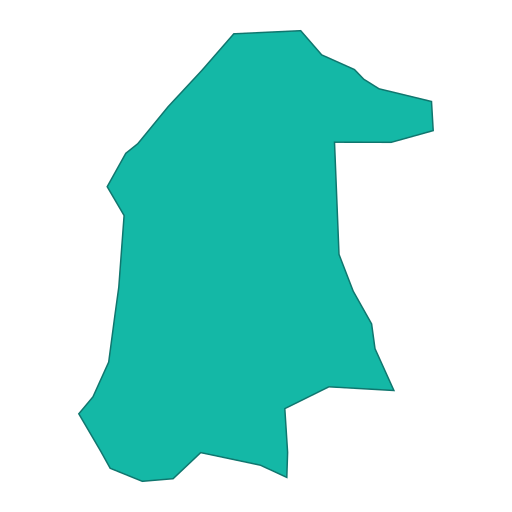 Adaacag, Dundgovi, Mongolia
{"feature_id": "93677404B36872598386240", "entity_name": "Adaacag", "entity_type": "district", "adm_level": 2, "iso_a3": "MNG", "parent_name": "Mongolia", "parent_adm1": "Dundgovi", "projection": "natural_earth1", "projection_center": [105.738, 46.338], "detail": "fine", "context": "isolated", "style": "filled", "palette": "teal", "viewbox_px": 512, "rotation_deg": 0, "n_neighbors": 0, "source": "geoboundaries", "source_scale": "gbopen_adm2", "svg_char_len": 567}
<svg xmlns="http://www.w3.org/2000/svg" viewBox="0 0 512 512"><path d="M433.2,130.6L431.5,101.5L379.0,88.8L363.7,79.2L354.5,69.6L321.7,54.9L300.7,30.7L233.8,33.8L201.8,70.5L168.2,106.6L137.8,143.7L125.8,153.3L107.2,186.7L124.1,215.5L118.8,287.1L114.8,316.1L108.7,362.1L93.0,396.8L78.8,413.8L100.6,451.0L110.2,468.3L142.3,481.3L173.1,478.7L200.7,452.6L260.4,465.2L286.8,477.4L287.6,452.4L284.8,408.6L328.9,386.8L393.9,390.5L375.0,348.7L371.6,323.9L353.2,291.2L339.0,254.4L334.5,142.2L391.2,142.3L433.2,130.6Z" fill="#14b8a6" stroke="#0f766e" stroke-width="1.5"/></svg>